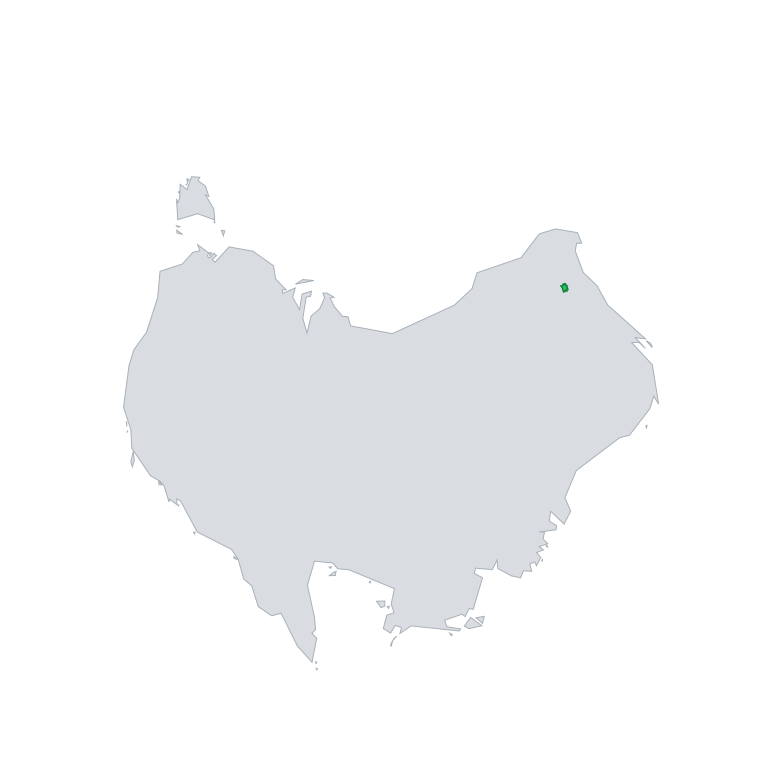 location of Wyalkatchem, Western Australia, Australia, rotated 160°
{"feature_id": "25037944B8068903410129", "entity_name": "Wyalkatchem", "entity_type": "district", "adm_level": 2, "iso_a3": "AUS", "parent_name": "Australia", "parent_adm1": "Western Australia", "projection": "orthographic", "projection_center": [117.394, -31.195], "detail": "fine", "context": "in_parent", "style": "filled", "palette": "green", "viewbox_px": 768, "rotation_deg": 160, "n_neighbors": 0, "source": "geoboundaries", "source_scale": "gbopen_adm2", "svg_char_len": 5031}
<svg xmlns="http://www.w3.org/2000/svg" viewBox="0 0 768 768"><g transform="rotate(160 384 384)"><path d="M555.0,167.4L559.1,203.8L568.8,204.6L578.3,217.8L577.3,239.6L582.5,248.7L581.0,269.0L583.8,280.6L610.1,308.8L615.2,344.1L618.1,346.8L619.9,341.4L624.9,349.2L626.4,346.7L625.5,363.6L628.0,369.6L634.7,377.4L643.0,409.9L637.5,427.7L636.7,451.3L617.1,488.9L607.3,501.7L589.4,513.9L567.0,542.8L555.9,566.5L532.6,565.7L518.5,573.1L511.5,572.1L511.5,578.7L503.8,566.9L505.9,565.2L505.9,562.8L504.0,562.2L499.3,565.1L497.4,562.0L502.8,559.6L501.2,556.1L482.7,565.8L461.6,553.5L447.4,532.8L449.9,519.7L443.8,506.0L447.4,507.2L448.1,503.7L434.6,504.6L440.2,496.6L437.9,482.8L430.2,496.5L420.4,496.1L422.9,491.6L427.4,492.3L437.8,473.5L439.0,458.1L429.3,472.7L418.5,476.9L410.3,485.3L410.3,490.3L406.6,489.0L401.3,482.6L405.2,483.2L404.1,473.3L399.8,461.7L394.9,459.5L395.5,450.0L359.0,428.5L291.0,434.0L268.7,443.5L258.5,456.7L212.1,455.8L186.7,472.0L169.7,471.0L150.5,460.1L150.1,448.7L154.8,450.5L158.8,443.6L158.6,420.6L150.2,403.4L146.8,381.7L122.8,337.0L131.9,341.6L126.2,328.0L130.2,336.0L137.1,338.2L125.3,310.3L132.8,271.2L134.7,280.3L142.5,270.0L170.9,251.9L181.0,252.9L232.9,236.9L252.9,215.3L252.1,200.7L262.7,190.8L270.9,207.4L275.7,198.7L270.3,192.0L272.2,188.2L289.1,191.9L283.8,190.0L287.6,183.9L284.7,178.1L293.9,178.0L290.8,173.6L298.4,173.5L296.0,167.4L302.8,161.1L303.2,165.2L308.5,165.1L309.3,157.5L316.8,160.8L321.9,155.1L329.9,160.1L340.2,171.7L337.9,180.0L345.7,172.5L360.8,179.6L364.1,175.3L357.7,168.2L377.3,141.7L380.8,144.0L387.3,137.7L389.3,141.0L407.9,141.3L407.8,134.3L395.7,127.6L397.8,126.2L441.2,147.4L454.3,144.2L450.8,149.2L456.0,153.2L463.0,147.7L468.3,154.4L460.5,165.8L452.8,165.6L452.5,174.8L444.2,188.1L480.6,221.5L490.8,226.3L493.3,233.3L509.9,241.3L524.7,221.2L529.2,188.3L532.4,176.4L537.0,174.5L534.2,168.1L546.8,147.1L555.0,167.4ZM487.0,596.1L501.0,607.8L521.6,609.0L515.7,628.9L515.8,625.0L512.4,628.6L507.2,641.3L502.5,634.1L494.1,644.6L486.4,641.3L489.2,638.5L484.0,630.9L484.5,620.1L487.1,622.7L484.1,606.7L487.0,596.1ZM374.7,123.4L387.7,125.0L391.4,129.0L382.5,135.0L374.7,123.4ZM414.5,505.2L433.1,508.1L424.5,509.9L414.5,505.2ZM463.3,174.8L465.3,182.4L457.5,179.8L459.2,175.0L463.3,174.8ZM642.8,406.4L644.5,398.1L648.8,392.2L648.5,397.5L642.8,406.4ZM522.1,593.4L526.9,596.7L526.1,599.5L522.1,593.4ZM373.3,125.3L377.5,132.8L369.3,131.4L373.3,125.3ZM484.2,584.1L481.2,582.5L484.3,578.2L484.2,584.1ZM500.8,222.6L496.9,224.0L493.1,224.4L495.3,220.7L500.8,222.6ZM122.8,335.1L119.6,331.1L119.2,327.2L119.7,327.0L122.8,335.1ZM524.0,601.8L525.4,604.3L522.0,601.6L524.0,601.8ZM627.5,365.4L629.9,366.3L629.0,369.9L627.5,365.4ZM581.9,269.0L584.7,272.0L583.9,273.1L581.9,269.0ZM499.8,641.0L498.9,644.3L497.3,642.7L499.8,641.0ZM640.1,432.1L639.1,436.6L638.8,436.4L640.1,432.1ZM407.5,127.3L405.5,125.1L406.9,124.4L407.5,127.3ZM466.6,137.2L463.3,140.2L467.3,134.7L466.6,137.2ZM642.0,426.8L640.5,427.9L641.7,426.6L642.0,426.8ZM465.8,202.9L464.1,203.3L465.1,201.7L465.8,202.9ZM457.2,173.5L455.0,173.5L456.5,171.6L457.2,173.5ZM152.6,252.4L152.0,255.4L151.0,255.2L152.6,252.4ZM543.4,144.6L543.1,147.0L542.5,145.1L543.4,144.6ZM503.7,563.4L503.6,565.0L503.2,564.4L503.7,563.4ZM462.4,141.1L458.1,142.7L462.6,140.4L462.4,141.1ZM296.4,163.9L294.8,165.5L295.9,163.5L296.4,163.9ZM501.8,639.0L500.6,639.4L501.5,638.4L501.8,639.0ZM498.1,230.7L495.9,230.2L497.2,229.0L498.1,230.7ZM287.2,176.2L286.0,177.1L286.0,174.8L287.2,176.2ZM511.7,634.7L510.0,635.1L511.1,633.5L511.7,634.7ZM545.3,138.5L544.9,140.1L543.9,139.0L545.3,138.5ZM502.2,565.2L503.2,567.1L501.0,566.0L502.2,565.2ZM613.7,309.8L612.3,309.5L613.2,307.7L613.7,309.8ZM618.8,340.7L618.1,340.5L619.0,339.2L618.8,340.7ZM488.4,593.9L487.6,595.0L487.7,593.4L488.4,593.9Z" fill="#d9dde1" stroke="#a8b0b8" stroke-width="1"/><path d="M180.4,416.5L180.8,416.5L181.0,416.5L181.3,416.5L181.3,416.1L181.7,416.1L181.7,415.5L181.8,415.5L182.3,415.5L182.5,415.5L183.8,415.5L184.2,415.6L184.0,414.7L183.5,414.7L183.5,414.4L183.5,413.9L183.5,413.2L183.6,411.6L183.7,411.1L183.7,410.4L183.4,410.1L183.8,409.9L183.8,409.1L183.7,409.1L183.4,409.2L183.2,409.1L182.9,409.1L182.7,409.1L182.7,409.3L182.4,409.4L182.4,409.5L182.4,409.4L182.2,409.3L182.1,409.5L181.8,409.5L181.7,409.5L181.7,409.4L181.4,409.4L181.4,409.2L180.9,409.2L180.9,409.3L180.7,409.3L180.6,409.2L180.6,409.3L180.6,409.5L180.5,409.4L180.5,409.5L180.5,409.4L180.4,409.4L180.4,409.5L180.4,409.4L180.4,409.5L180.3,409.8L178.9,409.8L178.9,410.4L178.8,410.9L178.9,411.0L179.0,411.0L178.9,411.1L178.9,411.4L178.8,411.5L178.8,411.8L178.8,412.1L178.7,412.1L178.7,412.7L178.9,412.6L178.9,412.8L179.0,412.8L179.1,413.3L179.1,413.6L178.9,413.6L178.9,413.8L179.0,413.8L179.0,414.0L178.9,414.0L179.1,414.2L179.1,414.3L179.0,414.5L179.1,414.8L179.3,414.8L179.3,415.2L179.2,415.2L179.2,415.5L179.3,415.5L179.2,415.5L179.2,415.8L179.2,416.0L179.3,416.0L179.4,415.9L179.5,415.9L179.8,415.9L179.9,416.0L180.0,416.0L180.0,416.3L180.0,416.5L180.4,416.5L180.4,416.5Z" fill="#22c55e" stroke="#15803d" stroke-width="1.5"/></g></svg>